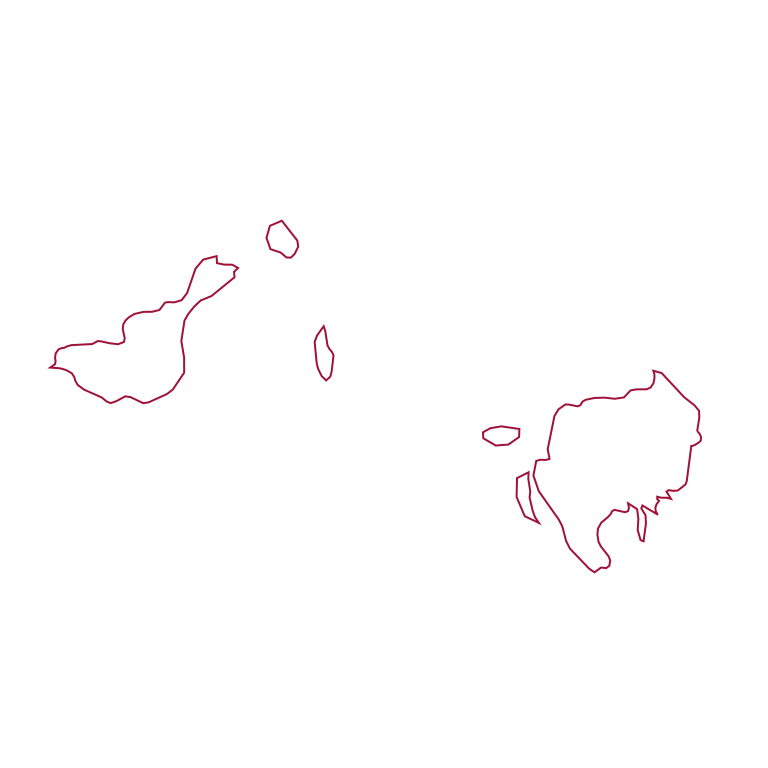 the Province of Shefa, rotated 291°
{"feature_id": "VUT-565", "entity_name": "Shefa", "entity_type": "Province", "adm_level": 1, "iso_a3": "VUT", "parent_name": "Vanuatu", "parent_adm1": "", "projection": "albers", "projection_center": [168.336, -17.198], "detail": "fine", "context": "isolated", "style": "outline", "palette": "rose", "viewbox_px": 768, "rotation_deg": 291, "n_neighbors": 0, "source": "natural_earth", "source_scale": "10m", "svg_char_len": 2625}
<svg xmlns="http://www.w3.org/2000/svg" viewBox="0 0 768 768"><g transform="rotate(291 384 384)"><path d="M476.3,634.2L481.3,635.3L486.1,634.5L490.3,632.8L492.9,630.7L493.7,639.4L479.3,668.8L475.3,681.7L471.8,687.8L465.3,690.5L452.9,693.1L451.8,694.3L450.5,696.6L448.2,699.0L444.6,700.0L442.2,698.9L439.1,696.6L436.7,694.2L436.3,693.1L402.0,701.4L398.3,701.5L389.9,696.5L388.0,692.7L386.9,687.8L384.8,686.3L379.6,693.1L379.2,688.8L377.2,683.7L376.7,679.5L374.5,680.3L374.3,680.5L374.3,681.1L373.4,682.7L369.4,681.5L365.6,681.7L362.5,683.3L360.1,686.5L363.2,668.8L360.1,668.8L355.2,675.2L347.4,678.6L330.2,682.7L330.2,679.5L338.5,673.2L349.3,669.8L357.9,665.1L360.1,654.6L356.1,657.1L352.8,657.4L350.7,655.0L349.1,644.2L347.0,642.6L343.8,642.2L340.1,640.8L332.3,636.5L325.8,635.6L319.9,637.2L313.6,640.8L310.2,644.5L303.7,655.3L300.4,658.4L295.1,659.5L291.8,657.5L290.4,652.4L283.6,648.0L285.1,641.7L297.0,616.5L302.7,610.3L315.2,601.3L320.2,595.6L339.4,566.9L352.1,556.3L366.7,553.7L369.2,556.9L371.0,562.2L373.4,565.4L381.8,560.2L415.2,554.6L423.0,556.0L429.9,560.7L431.0,563.8L432.6,573.0L434.6,574.9L438.7,575.7L441.5,577.9L446.3,585.3L450.3,594.8L452.9,604.7L457.4,612.8L466.4,616.5L469.4,621.5L473.2,631.1L476.3,634.2ZM303.1,188.8L296.9,185.0L282.6,170.9L279.8,166.1L280.9,152.1L279.8,146.9L272.1,140.3L268.2,135.7L268.3,131.3L270.3,125.2L271.2,106.4L273.3,98.4L276.4,94.7L279.5,92.3L282.1,88.8L283.1,82.5L282.8,77.6L282.1,74.2L279.7,66.5L284.5,69.7L287.5,69.3L290.4,67.6L294.8,66.5L299.6,67.7L302.0,70.2L303.3,72.7L304.8,73.8L308.2,78.1L316.7,97.2L321.6,101.5L322.5,105.1L323.7,113.1L325.8,121.4L329.9,126.1L333.7,125.6L341.7,120.4L346.5,119.2L350.8,120.0L354.6,121.8L357.8,124.1L360.1,126.1L365.2,133.7L368.3,141.6L372.6,147.8L381.5,150.4L383.1,153.1L385.1,159.0L389.7,165.0L398.4,167.6L424.2,166.7L435.3,170.6L443.4,181.9L437.0,184.8L438.1,191.7L441.0,199.6L440.0,206.2L434.9,203.8L430.1,206.2L404.3,191.4L396.4,183.0L388.4,179.1L379.0,176.1L371.7,175.0L351.5,179.4L337.1,187.9L322.9,193.4L303.1,188.8ZM481.5,254.7L473.6,254.0L468.6,251.8L467.2,247.5L469.7,240.5L469.2,229.7L478.3,221.9L490.8,220.8L499.8,230.1L486.8,251.7L481.5,254.7ZM399.8,317.4L397.2,320.5L395.3,323.9L392.7,326.6L376.6,330.7L371.6,331.2L366.6,328.7L369.1,322.9L374.7,316.9L379.5,313.6L398.4,304.2L405.1,304.1L416.3,307.0L412.2,310.3L399.8,317.4ZM366.6,510.4L368.9,496.2L374.3,493.7L380.8,499.1L386.5,508.7L390.5,526.5L382.9,529.1L372.1,521.9L366.6,510.4ZM309.8,578.4L311.0,562.8L326.0,548.3L343.8,541.9L353.4,550.6L347.2,552.7L336.4,558.9L330.0,560.7L318.7,568.4L313.7,572.8L309.8,578.4Z" fill="none" stroke="#9f1239" stroke-width="2"/></g></svg>